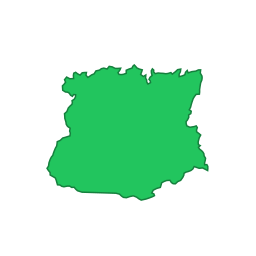 Lagoão, Rio Grande do Sul, Brazil (Robinson projection), rotated 245°
{"feature_id": "56859067B28681273525676", "entity_name": "Lagoão", "entity_type": "district", "adm_level": 2, "iso_a3": "BRA", "parent_name": "Brazil", "parent_adm1": "Rio Grande do Sul", "projection": "robinson", "projection_center": [-52.774, -29.241], "detail": "fine", "context": "isolated", "style": "filled", "palette": "green", "viewbox_px": 256, "rotation_deg": 245, "n_neighbors": 0, "source": "geoboundaries", "source_scale": "gbopen_adm2", "svg_char_len": 2897}
<svg xmlns="http://www.w3.org/2000/svg" viewBox="0 0 256 256"><g transform="rotate(245 128 128)"><path d="M145.5,58.1L143.2,56.7L141.7,55.6L140.4,53.7L138.2,51.3L136.5,49.6L135.0,48.3L134.0,46.2L132.6,44.4L130.0,41.8L127.0,39.8L125.7,37.6L123.2,37.9L120.6,38.6L118.3,37.6L113.5,41.0L111.3,40.9L108.2,40.4L106.3,40.1L105.1,42.2L103.1,43.4L101.8,45.1L101.0,48.4L100.0,50.6L98.0,51.8L97.0,54.2L94.9,54.7L92.5,55.7L89.3,59.2L74.0,89.5L71.6,92.4L69.2,93.3L67.1,94.5L65.5,97.1L65.1,100.7L64.3,104.1L61.7,106.6L59.1,108.0L57.1,109.5L56.0,114.4L55.6,118.2L55.4,121.1L55.5,123.4L57.4,123.6L59.1,122.1L61.0,124.6L61.1,128.6L60.5,132.2L62.6,134.1L64.1,135.3L64.3,137.9L64.1,140.8L62.9,143.9L60.2,144.3L58.4,145.4L57.4,147.4L58.4,150.4L58.3,153.6L60.1,156.8L61.7,158.7L63.3,159.6L63.5,162.1L63.1,164.1L62.9,166.9L63.4,169.3L65.1,171.7L63.4,173.4L61.4,175.5L60.3,178.7L57.9,180.6L55.8,182.2L57.5,183.2L59.5,184.1L61.5,184.0L62.3,181.9L64.2,182.8L65.9,184.2L67.8,185.5L70.5,185.2L72.8,185.9L75.0,185.6L76.8,184.9L78.7,183.9L80.8,183.7L81.5,186.0L83.2,184.8L85.6,185.6L87.0,186.7L89.1,188.5L90.9,190.9L92.5,190.2L95.6,188.6L97.3,189.3L99.1,191.0L101.1,190.7L101.3,188.6L101.9,186.5L102.5,184.4L105.1,182.2L107.5,182.6L109.3,183.4L110.1,185.2L112.0,187.6L114.2,188.5L114.5,191.0L116.5,192.4L118.6,191.2L120.4,193.5L122.5,195.2L124.2,196.7L127.0,199.4L128.5,201.6L129.7,204.0L128.5,207.0L130.3,208.1L132.7,209.2L135.3,210.9L138.2,212.9L140.3,215.2L142.0,216.3L143.8,217.0L147.2,216.7L150.0,218.4L150.9,216.3L150.9,213.5L152.1,209.7L152.6,205.8L155.1,206.0L154.2,203.7L152.2,202.0L152.3,199.1L152.9,196.1L155.1,197.0L156.8,199.2L159.1,200.7L159.9,197.6L159.0,194.9L158.1,190.9L160.1,190.3L160.5,187.4L161.2,185.2L162.7,182.9L164.0,180.4L165.1,178.6L165.8,175.6L167.9,174.9L169.6,175.8L171.3,175.1L170.0,173.3L168.0,172.5L165.4,172.0L164.6,169.3L163.2,167.6L161.4,168.1L159.6,167.6L159.4,164.7L161.6,164.4L163.8,165.2L165.8,165.0L168.5,166.5L168.2,163.6L171.2,162.1L173.1,164.1L174.7,165.5L176.6,163.2L178.6,161.5L180.8,160.9L182.5,160.3L181.9,158.4L180.6,157.0L181.0,153.8L181.1,150.8L178.3,149.5L178.6,146.5L179.3,144.3L180.4,142.5L182.4,142.3L183.8,144.9L185.3,146.6L186.4,143.7L187.5,141.5L190.1,139.5L191.8,137.0L190.3,134.0L192.5,131.4L193.0,128.9L192.5,126.7L193.3,123.1L191.4,120.2L191.5,117.5L191.1,115.1L190.8,113.0L193.6,112.2L195.9,113.8L196.8,111.7L197.4,109.8L196.2,106.9L198.6,105.1L200.6,104.1L200.6,102.0L198.7,100.7L195.8,99.6L197.2,96.1L200.1,93.9L198.6,90.9L195.9,90.8L194.6,88.4L193.9,86.4L191.9,85.6L189.8,84.8L187.1,86.5L185.9,88.5L184.3,89.5L182.0,89.8L180.2,91.0L181.3,92.8L180.3,94.6L178.3,93.5L176.8,91.4L176.4,88.8L174.7,88.4L173.1,87.2L172.5,85.1L171.4,82.4L168.7,79.5L167.8,76.5L165.8,75.8L163.3,74.8L159.7,74.3L157.4,73.6L155.0,73.9L152.2,75.5L149.9,73.8L147.8,73.6L145.4,72.1L146.1,66.9L146.5,64.6L145.4,61.4L145.5,58.1Z" fill="#22c55e" stroke="#15803d" stroke-width="1.5"/></g></svg>